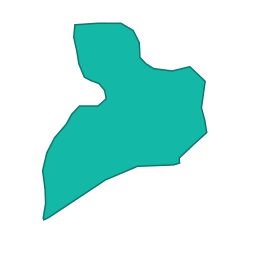 SVG path tracing the border of Siyəzən, rotated 98°
{"feature_id": "AZE-1712", "entity_name": "Siyəzən", "entity_type": "District", "adm_level": 1, "iso_a3": "AZE", "parent_name": "Azerbaijan", "parent_adm1": "", "projection": "albers", "projection_center": [49.056, 41.028], "detail": "fine", "context": "isolated", "style": "filled", "palette": "teal", "viewbox_px": 256, "rotation_deg": 98, "n_neighbors": 0, "source": "natural_earth", "source_scale": "10m", "svg_char_len": 643}
<svg xmlns="http://www.w3.org/2000/svg" viewBox="0 0 256 256"><g transform="rotate(98 128 128)"><path d="M155.6,72.1L158.2,77.8L164.6,113.3L182.5,143.1L227.6,194.0L230.7,198.7L229.1,199.4L214.1,199.1L199.7,201.7L182.1,206.6L163.7,204.9L147.8,199.3L132.9,189.7L122.3,185.7L113.0,179.1L110.4,160.7L102.1,153.6L93.9,156.4L88.0,163.0L86.3,171.0L83.7,178.3L71.5,185.5L58.0,189.7L45.8,194.3L33.2,195.0L28.4,172.2L25.3,149.5L30.8,136.4L41.7,128.8L48.7,127.4L56.4,126.1L61.8,119.3L65.6,110.9L65.4,92.2L58.7,75.3L71.0,58.1L97.8,58.1L109.6,53.1L121.5,49.4L135.7,61.2L150.6,73.1L155.6,72.1Z" fill="#14b8a6" stroke="#0f766e" stroke-width="1.5"/></g></svg>